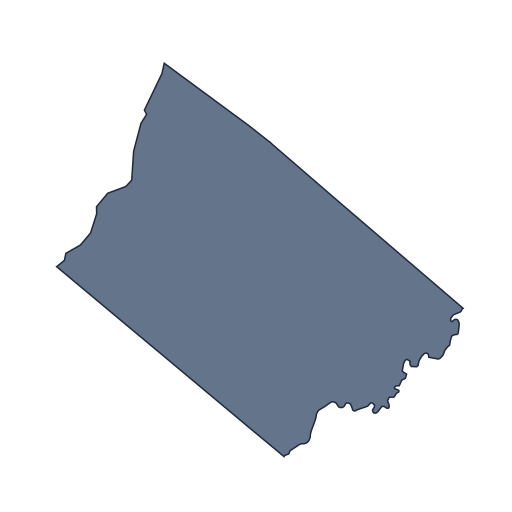 outline of Aiken, South Carolina, United States of America, rotated 263°
{"feature_id": "52423323B95410020978847", "entity_name": "Aiken", "entity_type": "district", "adm_level": 2, "iso_a3": "USA", "parent_name": "United States of America", "parent_adm1": "South Carolina", "projection": "robinson", "projection_center": [-81.813, 33.538], "detail": "fine", "context": "isolated", "style": "filled", "palette": "slate", "viewbox_px": 512, "rotation_deg": 263, "n_neighbors": 0, "source": "geoboundaries", "source_scale": "gbopen_adm2", "svg_char_len": 1986}
<svg xmlns="http://www.w3.org/2000/svg" viewBox="0 0 512 512"><g transform="rotate(263 256 256)"><path d="M230.4,93.6L199.1,122.9L168.3,151.8L128.0,189.5L92.1,223.1L88.6,226.3L53.5,259.4L53.7,259.5L54.5,260.2L55.6,264.4L55.9,264.7L57.2,265.2L58.7,266.3L63.3,275.5L64.1,277.7L63.8,281.5L64.6,284.0L66.3,286.0L68.9,287.5L72.4,288.3L75.6,289.5L81.3,292.4L85.7,294.7L88.0,295.7L91.7,296.7L94.0,298.2L95.6,299.9L95.7,300.3L98.3,306.2L101.8,312.6L101.9,313.5L101.9,314.8L100.5,317.4L98.3,318.6L96.2,319.6L95.3,321.2L95.1,323.4L96.3,325.5L98.1,326.6L99.0,327.6L99.0,329.1L98.6,330.5L97.2,331.9L93.5,332.8L91.3,333.3L90.3,334.3L90.2,336.0L91.1,338.0L93.3,348.5L96.3,352.0L95.8,353.7L93.4,355.5L91.5,355.0L89.0,352.9L87.0,353.0L85.7,354.0L85.5,355.9L86.5,357.9L91.4,362.6L91.0,364.9L89.8,366.3L88.9,367.4L88.9,369.1L90.2,369.9L92.4,369.9L96.3,368.9L99.6,371.1L99.1,375.3L99.5,376.2L101.9,378.1L102.9,379.3L103.4,380.6L103.9,381.3L105.3,381.3L106.4,379.5L107.2,377.7L108.3,377.2L109.4,378.1L110.0,379.2L109.9,381.1L109.8,382.4L115.0,385.5L116.3,389.3L120.4,391.1L123.0,387.9L124.2,387.2L131.3,389.4L134.4,391.5L135.0,393.2L133.2,395.7L132.3,396.3L131.6,395.7L129.4,395.7L127.4,396.7L126.5,402.0L127.5,403.5L132.2,405.1L136.0,408.0L138.8,411.3L138.8,413.6L137.9,414.8L136.7,415.1L134.4,415.2L131.5,424.4L132.0,426.2L132.1,426.3L134.8,429.6L139.4,432.0L142.0,434.5L143.9,437.3L148.0,438.5L151.9,440.1L152.9,440.8L153.6,442.7L153.7,446.1L154.0,446.7L155.1,447.4L162.4,449.2L165.2,449.4L168.0,448.4L168.7,447.5L168.8,445.4L167.0,442.5L167.4,441.7L168.2,441.3L170.4,441.7L172.9,443.9L173.6,444.9L175.6,452.0L176.5,453.1L178.2,454.0L178.8,455.2L297.1,347.2L364.9,285.7L367.5,283.7L368.4,282.5L385.8,265.3L444.6,203.1L458.5,188.4L448.6,184.9L414.4,163.0L411.5,164.1L410.0,164.8L401.7,158.0L374.9,147.3L346.5,141.9L340.9,135.4L336.4,116.5L324.3,103.7L317.3,103.0L299.0,94.6L288.4,83.2L281.8,67.6L275.0,65.3L269.7,56.8L263.5,62.6L230.4,93.6Z" fill="#64748b" stroke="#1e293b" stroke-width="1.5"/></g></svg>